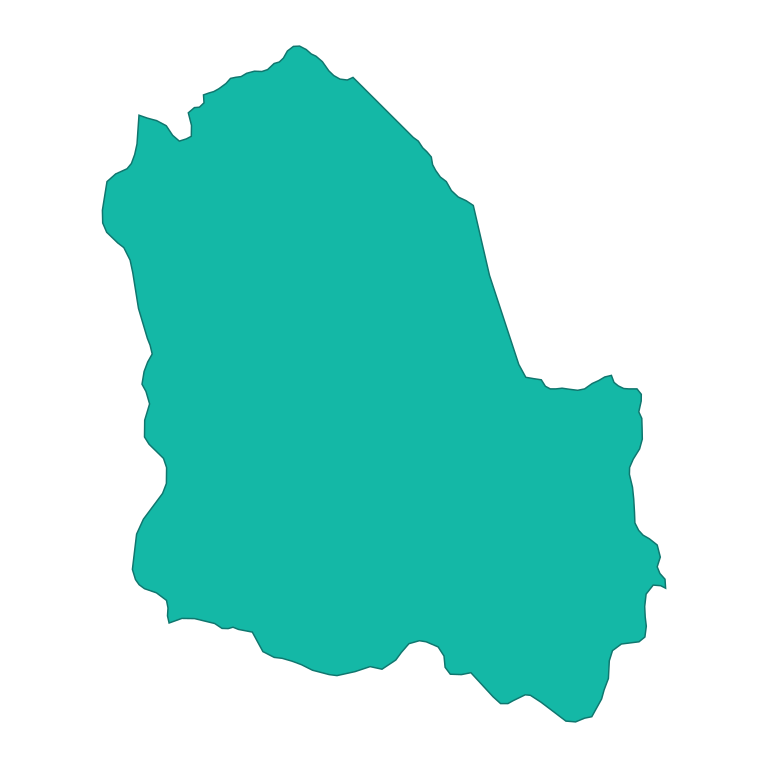 outline of Inaciolândia, Goiás, Brazil
{"feature_id": "56859067B27733338584943", "entity_name": "Inaciolândia", "entity_type": "district", "adm_level": 2, "iso_a3": "BRA", "parent_name": "Brazil", "parent_adm1": "Goiás", "projection": "equal_earth", "projection_center": [-49.906, -18.499], "detail": "fine", "context": "isolated", "style": "filled", "palette": "teal", "viewbox_px": 768, "rotation_deg": 0, "n_neighbors": 0, "source": "geoboundaries", "source_scale": "gbopen_adm2", "svg_char_len": 2421}
<svg xmlns="http://www.w3.org/2000/svg" viewBox="0 0 768 768"><path d="M575.6,721.9L584.5,718.2L591.8,716.7L601.6,699.0L604.1,689.9L608.4,678.5L609.3,660.8L612.5,650.6L621.4,644.0L639.0,641.8L644.9,637.0L646.3,626.2L645.2,617.0L644.7,606.5L646.1,594.1L653.2,585.1L660.7,585.7L665.6,588.2L665.0,579.2L659.9,573.5L657.2,566.8L660.3,557.1L657.2,545.0L649.4,538.8L643.1,535.2L638.7,530.4L634.9,522.9L634.5,512.3L633.7,498.8L632.5,487.2L629.4,474.4L629.6,467.5L633.2,459.2L639.6,448.9L642.3,439.1L642.1,428.6L641.8,418.4L638.8,411.9L641.2,401.0L641.3,394.3L637.0,388.9L628.9,388.9L623.7,388.5L618.3,385.9L614.0,382.4L611.4,375.4L604.7,377.0L598.8,380.5L592.2,383.5L584.6,388.9L577.7,390.3L569.7,389.3L562.1,388.2L555.7,388.9L550.3,388.9L545.4,386.3L541.3,379.8L534.0,378.7L525.8,377.3L518.8,364.5L489.5,275.4L473.3,205.5L466.3,200.8L458.2,197.0L451.4,190.6L446.3,181.6L440.3,177.0L435.7,170.5L432.6,164.7L431.3,157.0L427.0,151.9L422.6,147.7L418.3,141.1L413.2,137.4L353.0,77.4L347.3,80.0L340.0,79.1L333.8,75.6L328.8,70.8L322.4,61.7L316.0,56.2L311.3,54.0L306.3,49.6L299.6,46.1L293.4,46.4L287.4,51.0L283.4,58.1L279.3,62.0L274.1,63.5L267.6,69.6L261.9,71.5L254.4,71.2L246.6,73.3L241.1,76.6L235.7,77.3L230.5,78.4L226.0,83.5L218.6,88.9L213.7,91.6L208.9,93.0L203.5,94.9L204.0,102.8L199.4,107.2L194.4,107.6L188.3,112.8L191.5,125.4L191.3,136.3L186.3,138.9L179.3,141.1L172.6,135.3L166.3,125.8L156.8,120.7L147.3,118.1L139.0,115.2L137.0,144.0L134.7,154.5L131.4,163.5L127.0,168.8L115.7,173.9L107.0,181.6L102.4,210.2L102.7,223.0L106.7,232.3L117.8,243.0L123.8,247.6L130.1,260.1L132.8,272.8L138.5,308.5L147.4,338.4L150.1,345.2L152.2,354.0L147.7,362.0L144.1,371.5L142.0,384.2L146.0,391.5L149.6,403.9L144.7,420.2L144.5,437.0L149.1,444.3L163.5,458.4L166.6,467.6L166.4,483.5L162.6,493.4L143.4,519.2L136.6,534.1L132.4,569.4L135.5,579.6L139.1,584.7L144.5,588.7L156.4,592.8L166.5,600.4L168.0,608.0L167.5,615.9L169.1,623.0L181.9,618.4L194.6,618.6L214.7,623.5L222.0,628.4L228.2,628.6L233.0,627.2L238.4,629.4L252.3,632.1L262.9,651.6L274.2,657.4L282.1,658.3L291.8,661.1L301.5,664.7L312.4,670.2L329.2,674.6L337.0,675.6L355.1,671.6L370.1,666.6L382.0,669.2L395.8,660.0L401.3,652.5L408.9,643.7L419.4,640.7L426.2,641.8L438.1,646.9L444.0,656.0L445.1,667.3L450.3,674.2L461.4,674.6L470.9,672.7L493.1,696.8L500.6,703.6L507.9,703.6L513.1,700.7L525.2,694.8L530.4,695.3L541.0,702.2L565.9,721.1L575.6,721.9Z" fill="#14b8a6" stroke="#0f766e" stroke-width="1.5"/></svg>